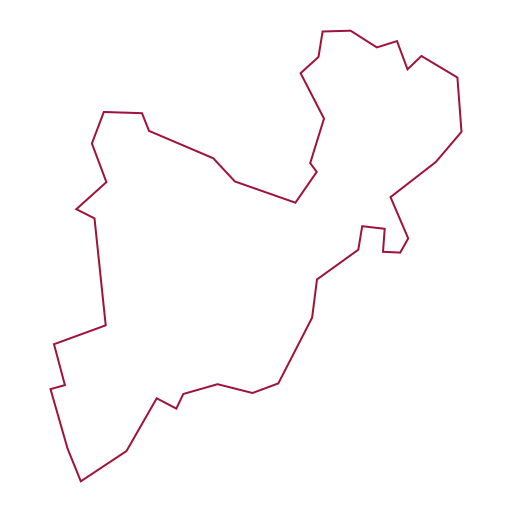 Arachinovo, Lipkovo, North Macedonia (orthographic projection)
{"feature_id": "65306769B96419265045604", "entity_name": "Arachinovo", "entity_type": "district", "adm_level": 2, "iso_a3": "MKD", "parent_name": "North Macedonia", "parent_adm1": "Lipkovo", "projection": "orthographic", "projection_center": [21.596, 42.042], "detail": "fine", "context": "isolated", "style": "outline", "palette": "rose", "viewbox_px": 512, "rotation_deg": 0, "n_neighbors": 0, "source": "geoboundaries", "source_scale": "gbopen_adm2", "svg_char_len": 673}
<svg xmlns="http://www.w3.org/2000/svg" viewBox="0 0 512 512"><path d="M322.6,31.5L318.5,56.9L300.6,73.2L324.0,118.6L310.2,163.1L316.7,171.9L295.4,202.7L234.9,181.5L213.3,158.3L149.0,130.9L142.0,113.2L103.8,112.0L91.9,143.5L106.4,182.1L76.3,209.2L94.5,218.4L105.7,325.3L54.0,344.2L64.9,385.1L50.5,389.1L67.5,448.4L80.8,481.3L126.5,451.0L156.7,398.3L176.3,408.6L183.3,394.0L217.5,384.2L252.5,393.0L278.3,383.4L312.1,317.7L317.0,279.4L358.3,249.7L362.2,226.2L384.7,228.8L383.0,251.8L400.2,252.6L408.2,238.4L390.5,197.1L435.8,162.0L461.5,131.8L457.4,77.5L421.4,56.0L407.5,69.3L397.0,41.1L376.8,47.4L350.6,30.7L322.6,31.5Z" fill="none" stroke="#9f1239" stroke-width="2"/></svg>